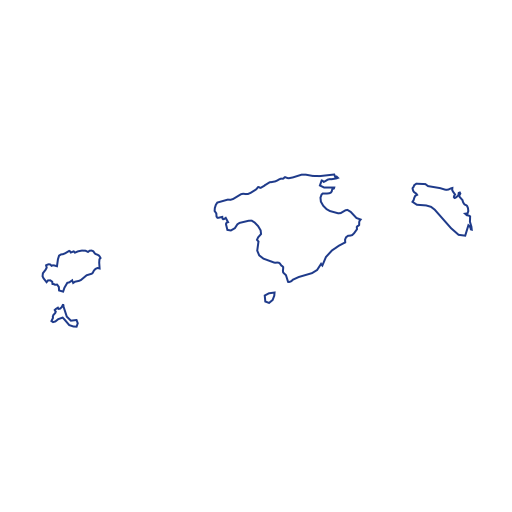 the border of Baleares, rotated 16°
{"feature_id": "ESP-5808", "entity_name": "Baleares", "entity_type": "Autonomous Community", "adm_level": 1, "iso_a3": "ESP", "parent_name": "Spain", "parent_adm1": "", "projection": "orthographic", "projection_center": [2.709, 39.359], "detail": "fine", "context": "isolated", "style": "outline", "palette": "blue", "viewbox_px": 512, "rotation_deg": 16, "n_neighbors": 0, "source": "natural_earth", "source_scale": "10m", "svg_char_len": 4057}
<svg xmlns="http://www.w3.org/2000/svg" viewBox="0 0 512 512"><g transform="rotate(16 256 256)"><path d="M331.2,186.5L334.9,187.5L342.1,191.8L346.5,192.1L345.8,193.9L345.9,195.2L346.3,196.5L346.6,197.8L346.1,198.7L345.3,199.3L344.9,200.4L345.7,202.4L344.0,207.1L342.7,209.4L341.0,210.4L338.9,211.2L337.4,213.2L337.1,215.7L338.0,218.3L332.9,223.2L327.5,229.7L323.5,237.7L322.4,246.9L321.2,246.2L320.7,245.7L318.6,252.6L314.6,257.0L302.9,264.4L298.0,268.6L297.0,270.3L296.5,270.8L295.3,271.7L294.1,272.1L293.6,271.5L290.1,266.2L289.2,265.7L287.2,264.7L286.5,264.1L285.9,262.6L285.6,260.7L285.2,259.2L284.3,258.6L283.0,258.2L281.0,256.6L279.9,256.2L278.3,256.4L276.3,257.2L275.1,257.3L263.9,256.5L258.9,254.5L255.7,250.5L254.4,241.4L252.5,240.2L252.9,237.5L254.8,233.5L253.4,230.1L249.8,226.7L245.5,224.2L242.1,223.2L239.3,224.1L231.1,228.7L229.4,230.6L228.0,235.1L224.8,238.4L221.3,238.8L218.9,234.6L218.6,234.2L218.3,232.9L218.7,231.9L219.8,231.2L216.4,227.7L215.3,229.1L214.3,229.7L213.5,229.3L212.8,227.7L209.2,229.7L208.4,229.9L207.2,229.0L206.1,226.0L203.8,224.1L203.2,221.2L203.3,217.8L204.1,215.3L213.3,209.6L216.0,209.0L218.3,207.5L224.6,200.7L226.5,199.7L229.0,199.3L231.2,198.6L233.4,196.8L237.3,192.5L237.9,191.7L238.8,189.7L239.1,189.1L239.7,189.0L241.1,189.3L241.7,189.2L244.8,186.0L245.2,185.2L245.7,184.8L248.3,181.9L249.2,181.1L250.1,180.9L253.9,179.0L255.7,177.5L257.1,176.0L258.6,174.8L260.5,174.3L261.0,174.0L261.8,172.5L262.2,172.2L264.9,172.4L266.1,172.2L269.8,170.3L277.5,165.2L281.4,164.1L288.5,163.4L295.6,161.5L308.7,156.1L310.5,158.3L311.2,157.6L311.5,157.4L313.2,158.3L311.8,159.3L307.4,161.4L305.7,161.8L303.9,162.8L302.2,164.7L300.7,166.1L299.2,165.3L298.3,165.3L298.0,170.6L302.6,171.4L312.3,168.6L312.3,169.6L311.0,170.6L310.9,171.7L311.0,172.9L310.6,174.2L309.8,175.0L309.1,175.5L307.0,176.4L303.0,177.5L302.1,178.8L301.9,182.2L303.4,185.9L306.8,189.2L310.9,191.5L314.6,192.4L323.3,192.3L325.6,191.4L329.4,187.4L331.2,186.5ZM451.6,161.6L452.2,164.1L455.0,168.5L456.1,171.2L455.2,171.2L454.7,170.2L453.9,169.2L452.8,168.4L451.7,167.9L451.5,178.8L444.9,179.8L435.8,175.5L415.0,162.2L410.7,160.5L405.6,160.5L396.5,162.4L391.5,160.8L392.1,158.8L392.1,156.4L392.5,154.2L394.0,152.8L392.9,151.9L390.3,151.0L389.1,150.0L387.9,148.0L387.9,147.2L388.4,146.3L388.6,144.3L390.2,142.3L399.0,140.2L402.1,141.4L414.3,140.0L419.4,140.1L420.8,139.9L422.6,139.1L424.7,137.3L426.0,136.5L426.4,138.5L427.6,139.8L430.4,142.0L430.2,142.5L429.9,143.7L430.0,144.9L430.9,145.5L431.7,145.0L432.6,143.8L433.8,141.9L433.5,139.5L434.4,138.8L435.2,139.7L434.7,141.9L435.5,143.1L439.1,145.4L439.8,146.6L440.4,147.4L441.7,148.6L442.4,149.0L444.3,149.3L445.2,149.8L446.6,151.6L447.7,154.3L447.6,156.7L445.4,157.7L447.4,158.7L449.4,158.5L450.9,158.9L451.6,161.6ZM107.1,300.8L106.4,302.3L107.1,305.6L109.1,311.1L107.0,311.2L105.3,312.6L104.2,314.7L103.7,317.2L103.0,318.3L98.5,321.2L94.3,327.4L92.7,328.7L89.1,330.6L87.7,332.3L87.2,331.6L86.4,330.8L86.0,330.1L83.8,332.8L82.0,333.8L80.6,339.3L80.4,343.4L76.2,343.4L75.0,340.1L72.7,338.3L70.8,339.0L70.0,339.0L69.5,338.8L69.4,338.7L68.1,339.0L67.2,336.9L65.0,336.1L62.8,336.8L61.9,338.9L57.9,336.0L56.4,334.3L55.9,331.3L57.5,327.3L58.0,324.9L56.8,322.8L57.9,321.8L59.2,321.0L60.7,320.9L62.2,321.8L63.2,321.0L64.4,320.7L67.5,320.7L66.5,313.7L66.6,309.9L68.2,308.2L69.9,307.5L71.8,306.0L75.0,302.6L75.8,302.7L77.0,303.7L79.5,301.8L81.0,302.7L83.6,300.6L87.1,298.8L90.7,297.9L93.4,298.4L94.6,296.8L96.4,296.1L98.3,296.3L100.4,298.0L101.2,298.3L103.5,298.5L105.0,298.9L106.0,299.7L107.1,300.8ZM95.9,369.2L101.1,367.0L103.2,369.8L103.0,373.4L99.9,374.1L95.5,373.9L89.2,369.7L87.1,368.5L84.6,370.3L83.3,371.2L81.2,374.2L79.1,375.5L77.3,374.9L77.9,371.5L77.4,370.3L77.5,368.5L78.1,367.4L78.8,365.9L78.8,364.6L77.9,364.0L77.4,363.4L78.2,362.1L79.8,360.3L80.7,361.3L82.1,360.7L83.3,358.8L83.8,356.3L84.3,356.2L84.5,356.4L84.5,356.8L84.6,357.2L90.8,366.4L95.9,369.2ZM284.5,289.2L284.1,293.7L281.5,297.5L277.5,297.2L275.3,291.6L278.7,288.3L283.9,286.0L284.5,289.2Z" fill="none" stroke="#1e3a8a" stroke-width="2"/></g></svg>